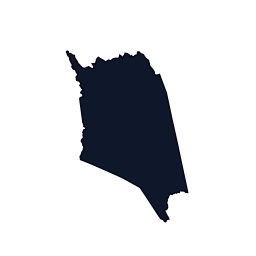 the district of Solonópole, Ceará, Brazil, rotated 144°
{"feature_id": "56859067B36199820479004", "entity_name": "Solonópole", "entity_type": "district", "adm_level": 2, "iso_a3": "BRA", "parent_name": "Brazil", "parent_adm1": "Ceará", "projection": "mercator", "projection_center": [-38.993, -5.778], "detail": "fine", "context": "isolated", "style": "filled", "palette": "ink", "viewbox_px": 256, "rotation_deg": 144, "n_neighbors": 0, "source": "geoboundaries", "source_scale": "gbopen_adm2", "svg_char_len": 3055}
<svg xmlns="http://www.w3.org/2000/svg" viewBox="0 0 256 256"><g transform="rotate(144 128 128)"><path d="M110.4,202.5L111.3,202.5L112.3,202.3L113.1,201.9L113.7,201.1L115.8,199.7L117.1,199.2L118.2,200.4L119.1,200.9L119.3,199.2L119.4,198.1L120.2,196.6L121.3,196.6L122.5,197.2L122.9,198.2L123.4,199.3L123.9,200.7L125.0,200.9L126.4,201.3L127.8,201.3L128.5,202.2L129.6,203.4L129.8,204.8L130.0,205.7L130.1,207.0L130.3,208.5L130.6,209.5L130.2,211.3L130.0,212.6L130.0,214.1L130.0,216.0L129.3,217.3L128.8,218.3L129.7,218.9L130.8,222.0L132.3,222.8L131.5,225.1L132.1,225.9L133.0,225.7L133.4,224.1L133.7,223.2L134.0,221.8L133.7,220.5L133.8,218.8L134.7,217.9L135.1,216.6L135.4,214.9L135.6,213.3L135.7,212.3L135.9,211.2L137.1,210.9L137.5,209.8L137.6,208.9L137.4,207.6L136.5,206.9L136.4,205.9L136.6,204.6L137.0,203.2L137.0,201.7L137.3,200.7L137.9,199.7L139.1,200.1L139.9,199.7L140.5,198.8L140.9,197.9L141.4,196.7L140.9,196.0L139.9,195.4L140.1,194.5L139.7,193.1L139.8,191.6L140.7,191.2L141.9,190.7L141.8,189.5L142.0,188.1L142.0,187.2L141.3,186.1L142.6,185.2L144.3,184.8L145.4,184.4L145.3,183.5L144.7,182.1L145.0,181.3L145.6,180.5L145.8,179.4L146.8,179.9L147.9,180.4L149.0,180.4L149.8,180.0L151.3,177.2L160.4,160.4L161.1,159.4L161.2,158.2L161.8,156.9L161.6,156.0L162.8,155.5L162.6,154.5L161.9,153.8L161.5,152.9L162.5,152.4L163.6,151.9L165.1,152.4L166.0,151.4L167.1,151.1L167.1,150.2L167.6,149.3L168.7,148.5L169.1,147.2L170.0,146.1L171.6,145.9L172.7,145.5L173.6,144.5L173.5,143.2L173.9,141.7L174.7,140.4L174.4,139.5L174.8,138.5L175.5,137.8L176.4,137.2L177.4,136.1L178.5,135.8L179.4,135.4L180.7,134.5L181.8,133.6L183.2,133.2L183.9,132.4L184.2,131.3L184.9,130.4L177.5,118.6L162.4,92.5L161.6,91.0L153.1,72.9L153.4,63.7L153.8,55.9L154.6,39.2L154.7,36.7L154.5,34.9L153.8,34.3L153.2,32.8L153.3,31.0L152.7,30.1L151.6,30.5L150.5,31.1L149.3,30.9L148.6,30.4L148.2,31.5L148.1,32.6L148.0,34.0L147.8,35.4L147.5,36.9L147.3,38.5L146.9,39.7L145.8,39.9L145.0,39.5L144.0,39.7L142.7,40.5L142.0,41.5L141.4,42.7L141.1,43.9L140.4,45.3L139.2,46.0L138.5,47.0L137.9,47.8L137.0,47.9L135.7,48.7L134.3,49.4L133.3,50.1L132.3,50.3L132.3,49.4L131.2,48.3L130.1,48.6L129.1,48.0L128.0,48.4L127.6,47.6L126.8,46.8L125.4,46.8L124.4,45.8L123.3,47.2L121.7,45.7L120.6,44.9L119.5,44.0L119.0,42.0L118.1,41.5L117.6,40.9L102.7,74.4L98.5,83.7L97.0,87.1L94.6,92.6L92.4,97.6L87.2,109.7L85.7,113.0L76.4,133.9L73.1,145.8L71.1,152.8L72.2,153.2L73.5,153.7L74.4,154.3L74.9,155.3L74.9,156.3L73.8,158.2L73.7,160.2L73.6,161.1L73.8,162.7L74.0,164.3L73.9,166.2L72.7,167.9L72.5,169.4L71.8,170.5L72.0,171.7L72.5,173.0L72.9,174.0L72.8,175.2L72.7,176.6L72.6,178.5L73.1,179.2L73.9,180.2L74.3,181.7L74.3,183.0L75.5,183.7L76.4,182.9L76.9,181.9L78.2,181.9L79.8,182.6L80.6,182.2L81.7,182.2L82.6,183.2L82.7,184.6L84.4,184.4L84.1,186.4L85.0,188.6L86.4,190.1L88.0,188.9L89.8,188.7L91.3,188.0L91.5,189.2L91.3,190.1L91.8,191.7L93.7,190.1L95.0,189.9L96.9,191.6L99.7,192.7L102.2,192.4L103.9,194.3L105.7,194.5L107.7,194.6L107.9,196.2L108.2,197.4L108.7,198.3L109.8,200.5L110.4,202.5Z" fill="#0f172a" stroke="#020617" stroke-width="1.5"/></g></svg>